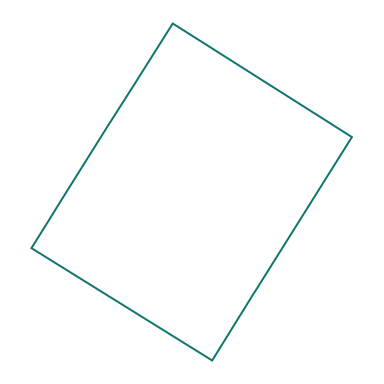 Faribault, Minnesota, United States of America, rotated 122°
{"feature_id": "52423323B73939682946429", "entity_name": "Faribault", "entity_type": "district", "adm_level": 2, "iso_a3": "USA", "parent_name": "United States of America", "parent_adm1": "Minnesota", "projection": "albers", "projection_center": [-93.868, 43.674], "detail": "fine", "context": "isolated", "style": "outline", "palette": "teal", "viewbox_px": 384, "rotation_deg": 122, "n_neighbors": 0, "source": "geoboundaries", "source_scale": "gbopen_adm2", "svg_char_len": 421}
<svg xmlns="http://www.w3.org/2000/svg" viewBox="0 0 384 384"><g transform="rotate(122 192 192)"><path d="M324.7,298.4L324.2,85.6L271.6,85.8L245.8,85.9L244.6,85.9L243.0,85.8L242.0,85.8L60.7,85.5L59.3,297.6L120.4,297.9L121.2,297.9L127.3,297.9L128.0,297.9L182.0,298.4L259.5,298.5L260.2,298.5L271.6,298.5L294.7,298.4L298.0,298.4L299.7,298.4L302.2,298.4L324.7,298.4Z" fill="none" stroke="#0f766e" stroke-width="2"/></g></svg>